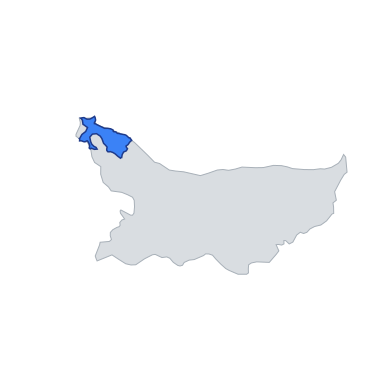 Cahul highlighted on a map of Moldova, rotated 119°
{"feature_id": "MDA-1624", "entity_name": "Cahul", "entity_type": "District", "adm_level": 1, "iso_a3": "MDA", "parent_name": "Moldova", "parent_adm1": "", "projection": "mercator", "projection_center": [28.292, 45.784], "detail": "fine", "context": "in_parent", "style": "filled", "palette": "blue", "viewbox_px": 384, "rotation_deg": 119, "n_neighbors": 0, "source": "natural_earth", "source_scale": "10m", "svg_char_len": 3297}
<svg xmlns="http://www.w3.org/2000/svg" viewBox="0 0 384 384"><g transform="rotate(119 192 192)"><path d="M85.7,77.6L87.0,74.5L99.5,66.0L102.8,67.4L109.3,67.7L122.6,67.4L129.2,61.8L133.2,63.4L136.5,60.9L142.0,57.7L142.8,58.4L143.5,58.9L152.0,60.3L158.4,63.3L162.7,68.0L167.1,70.9L171.6,72.0L174.2,74.3L174.7,77.8L178.9,79.6L186.9,79.5L190.3,81.8L189.1,86.5L189.9,88.1L192.8,86.4L194.9,87.8L196.1,91.3L197.3,92.9L201.4,87.5L205.7,88.1L216.1,90.3L221.7,101.5L225.2,105.6L228.2,107.2L232.1,105.4L235.4,103.4L237.4,104.3L241.6,111.8L242.6,121.4L242.6,125.4L241.1,131.9L239.0,138.9L237.3,143.4L238.0,147.1L239.5,150.1L242.0,151.1L250.0,157.3L253.0,161.5L257.4,164.7L260.7,164.8L262.5,166.6L263.1,168.8L262.6,174.2L260.7,179.3L261.0,182.6L263.9,186.5L264.2,191.0L264.4,193.9L266.0,196.1L273.4,201.1L282.9,205.9L285.4,210.0L286.9,215.2L286.4,223.9L285.8,231.5L298.3,241.6L296.8,243.5L294.9,245.6L283.0,247.2L280.5,248.0L275.3,240.3L272.6,239.4L270.0,242.2L267.0,243.8L263.4,243.0L259.5,240.6L257.6,238.9L256.0,238.7L253.6,240.4L250.4,239.7L248.3,237.8L245.2,244.3L243.4,245.7L242.2,245.5L242.0,234.4L241.1,232.8L238.7,232.5L232.8,235.1L227.3,238.5L225.4,241.5L225.6,247.0L226.4,253.4L230.2,263.2L228.1,267.5L226.7,274.3L220.7,280.5L214.0,284.1L213.4,291.5L209.7,296.6L203.3,301.6L199.1,307.7L200.1,311.8L200.4,315.7L199.7,318.4L199.5,320.5L197.8,321.4L188.1,322.1L185.3,323.4L182.2,326.3L179.1,320.8L176.1,316.0L173.8,313.4L174.8,312.3L177.2,310.9L179.0,309.3L178.8,303.6L177.5,297.0L176.3,293.8L176.2,288.8L175.3,281.0L176.5,266.5L181.4,248.3L184.1,239.2L182.8,234.2L183.8,222.5L181.7,216.7L178.4,209.1L173.6,192.6L167.7,186.9L160.5,180.5L157.3,175.8L155.3,170.5L150.9,165.2L146.0,160.4L140.0,148.3L136.9,142.9L136.0,141.4L129.2,133.6L125.6,126.6L123.8,120.8L122.8,115.4L118.0,104.8L113.7,96.8L109.5,91.1L107.6,87.1L102.8,82.0L95.9,77.9L91.5,77.2L85.7,77.6Z" fill="#d9dde1" stroke="#a8b0b8" stroke-width="1"/><path d="M175.8,270.3L176.0,269.8L178.7,270.7L181.5,270.9L183.8,272.0L184.8,270.9L185.4,269.4L187.8,269.4L190.2,271.2L193.1,271.2L196.0,270.2L196.4,270.9L197.1,271.0L196.7,274.3L195.9,277.7L195.8,280.4L196.3,283.1L197.1,284.0L197.6,285.3L196.9,286.7L195.8,287.4L193.9,288.0L193.0,290.3L192.3,292.9L189.0,296.7L187.6,299.4L187.3,303.8L189.7,307.2L193.6,308.0L197.1,305.0L198.8,302.8L199.6,300.0L199.5,297.5L200.5,295.8L202.0,298.0L202.6,301.5L203.4,301.6L203.7,302.6L203.3,303.3L201.5,303.8L200.5,304.5L199.8,305.2L198.4,307.3L198.0,308.3L198.5,309.0L199.5,309.5L200.2,310.3L200.6,311.5L200.7,312.7L201.0,313.9L201.8,315.1L200.2,315.9L199.8,316.2L199.8,316.3L199.6,316.2L195.1,316.2L190.6,314.3L186.3,314.6L185.7,319.2L185.7,320.1L182.5,322.6L182.4,322.6L181.9,323.6L181.5,324.7L181.4,325.3L179.8,323.3L179.3,322.5L179.3,319.6L179.2,319.4L179.1,319.2L178.9,318.6L177.8,316.8L176.4,315.7L173.1,313.9L173.8,312.9L174.8,312.0L175.8,311.2L176.6,311.0L178.6,311.0L179.5,310.5L179.1,309.4L179.2,308.0L178.7,299.3L178.2,298.5L177.1,296.5L176.2,293.8L176.0,291.3L176.3,290.8L177.1,290.3L177.2,289.8L177.1,289.5L176.6,288.4L176.4,287.8L176.5,287.1L176.7,286.4L176.9,285.7L176.6,285.1L176.3,284.4L176.1,283.9L176.0,283.0L174.5,278.6L174.3,277.4L174.4,276.5L175.2,273.4L175.1,273.0L174.8,272.7L174.8,272.2L174.9,271.8L175.4,271.5L175.8,270.3Z" fill="#3b82f6" stroke="#1e3a8a" stroke-width="1.5"/></g></svg>